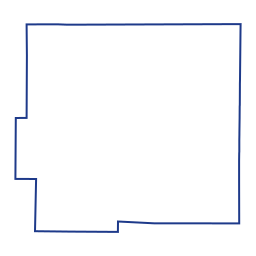 outline of Wayne, Indiana, United States of America
{"feature_id": "52423323B20136389487822", "entity_name": "Wayne", "entity_type": "district", "adm_level": 2, "iso_a3": "USA", "parent_name": "United States of America", "parent_adm1": "Indiana", "projection": "orthographic", "projection_center": [-84.945, 39.86], "detail": "fine", "context": "isolated", "style": "outline", "palette": "blue", "viewbox_px": 256, "rotation_deg": 0, "n_neighbors": 0, "source": "geoboundaries", "source_scale": "gbopen_adm2", "svg_char_len": 504}
<svg xmlns="http://www.w3.org/2000/svg" viewBox="0 0 256 256"><path d="M117.9,231.9L118.0,221.5L153.7,223.3L239.2,223.4L239.1,181.2L239.1,180.3L239.1,171.0L239.1,162.7L239.1,160.7L239.2,153.2L239.3,151.7L239.3,140.1L239.4,134.5L239.4,132.8L239.6,118.7L239.7,105.9L239.8,105.3L239.9,87.2L239.9,83.7L240.0,79.7L240.5,31.1L240.6,24.1L67.5,24.7L57.1,24.3L26.6,24.4L26.9,55.7L26.6,117.9L15.8,118.0L15.4,178.9L36.1,179.0L35.0,231.2L70.5,231.6L117.9,231.9Z" fill="none" stroke="#1e3a8a" stroke-width="2"/></svg>